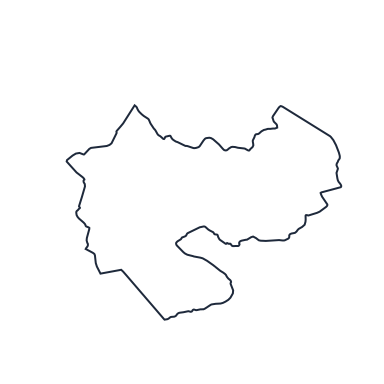 Jujuy, Albers equal-area conic projection, rotated 303°
{"feature_id": "ARG-1301", "entity_name": "Jujuy", "entity_type": "Province", "adm_level": 1, "iso_a3": "ARG", "parent_name": "Argentina", "parent_adm1": "", "projection": "albers", "projection_center": [-65.702, -23.2], "detail": "fine", "context": "isolated", "style": "outline", "palette": "slate", "viewbox_px": 384, "rotation_deg": 303, "n_neighbors": 0, "source": "natural_earth", "source_scale": "10m", "svg_char_len": 5188}
<svg xmlns="http://www.w3.org/2000/svg" viewBox="0 0 384 384"><g transform="rotate(303 192 192)"><path d="M70.0,238.5L70.2,237.6L75.6,219.2L81.0,200.7L86.4,182.3L87.7,177.7L88.2,175.0L73.7,159.7L77.7,152.8L80.0,150.0L86.0,145.1L86.9,143.8L87.0,141.9L86.3,133.9L87.6,133.8L89.4,134.0L90.6,133.7L91.7,133.0L92.4,131.8L94.0,130.0L96.1,128.9L105.1,126.0L106.0,125.4L106.0,124.5L105.5,122.0L105.7,121.3L106.7,120.0L107.3,118.0L108.2,111.6L108.8,109.6L109.8,107.8L111.6,106.2L112.7,105.7L113.6,105.8L114.4,106.1L116.0,106.3L117.3,106.7L117.7,106.6L118.0,106.1L118.2,105.4L118.5,105.0L127.8,102.4L138.4,99.2L140.3,97.7L140.7,96.9L141.1,96.0L141.8,95.3L142.4,94.9L143.5,94.8L143.8,95.0L144.0,94.9L144.5,93.8L144.8,92.6L145.5,84.5L149.3,70.3L150.7,69.8L157.5,72.0L161.0,73.7L163.5,76.4L164.4,80.6L164.8,81.1L172.2,82.4L174.0,83.3L184.2,95.5L186.6,97.2L189.0,98.0L200.2,96.7L200.8,96.4L201.1,96.0L201.5,95.7L202.2,95.6L207.8,96.4L212.0,96.9L233.4,96.7L233.2,98.6L232.9,99.6L231.8,101.2L231.0,102.7L230.5,104.1L229.8,107.4L229.5,110.1L229.5,115.1L229.4,115.8L229.2,116.3L227.8,118.5L227.5,118.8L226.7,120.2L224.4,125.5L224.1,126.9L223.6,128.1L221.8,131.5L221.5,132.4L221.4,133.1L221.5,135.1L220.9,139.0L221.2,139.7L221.5,139.8L222.3,139.8L223.5,139.6L224.2,139.9L227.0,142.6L227.3,143.3L226.0,145.8L225.6,147.1L225.5,148.4L225.5,150.6L225.6,151.4L225.9,152.4L226.0,152.9L227.0,161.0L227.1,161.5L227.8,162.6L228.1,163.4L229.6,169.2L229.9,169.8L230.2,170.3L231.3,171.5L233.0,172.9L233.8,173.3L234.8,173.5L241.5,173.6L243.7,173.9L244.4,174.2L245.1,174.8L246.3,176.2L246.9,176.9L247.2,177.6L247.5,178.4L247.6,178.9L247.7,181.1L246.6,188.7L245.1,194.0L244.8,195.3L244.7,196.3L244.9,196.8L245.0,197.2L245.2,197.6L245.5,197.9L245.7,198.2L246.1,198.5L247.8,199.1L248.4,199.2L251.0,200.4L251.9,201.3L253.2,203.7L254.1,206.4L256.8,211.8L257.2,212.7L257.2,213.1L257.4,216.1L257.6,216.9L258.0,217.4L258.4,217.5L259.4,217.5L260.4,217.7L262.6,218.3L264.2,218.1L264.6,218.0L265.1,217.6L265.4,217.3L265.7,217.1L267.2,215.7L268.0,215.1L268.6,214.9L272.0,214.5L273.6,214.0L274.5,214.0L275.0,214.1L275.6,214.6L276.4,215.6L276.7,215.9L277.1,216.1L277.7,216.4L280.7,217.2L283.2,218.5L284.4,219.7L286.0,221.0L286.3,221.3L287.6,223.3L289.3,225.3L289.5,225.6L289.8,226.1L290.4,227.0L292.4,228.4L294.2,227.0L294.8,226.0L295.6,222.3L296.0,221.7L297.5,219.9L298.1,219.0L299.1,218.7L299.8,218.6L309.7,218.8L311.1,219.0L312.3,219.5L312.7,220.5L312.9,221.9L314.0,277.4L313.8,278.5L312.5,282.3L309.7,287.3L305.0,293.8L302.9,296.1L301.9,296.9L301.5,297.1L300.8,297.5L300.3,297.6L299.8,297.6L298.2,297.5L297.3,297.7L296.9,297.8L296.4,297.9L294.9,297.9L294.3,298.1L293.5,298.4L293.1,298.7L292.8,299.1L291.5,301.1L291.1,301.6L290.6,301.8L286.7,302.8L282.5,306.6L281.2,308.0L280.3,309.6L279.7,311.6L279.1,312.9L278.7,313.5L278.3,313.9L277.9,314.1L277.6,314.2L277.0,314.1L262.1,300.7L261.2,300.4L260.1,301.8L258.9,303.7L255.3,312.2L255.0,312.5L254.6,312.7L254.2,312.8L253.7,312.8L252.6,312.6L245.1,309.8L242.6,308.2L235.9,302.6L235.6,302.3L235.5,301.9L235.2,301.0L235.0,300.6L234.7,300.2L234.3,300.1L233.9,300.2L230.7,302.4L228.8,303.4L227.8,303.7L225.9,304.3L222.7,303.4L219.2,301.6L218.3,301.4L217.8,301.3L215.8,301.2L214.0,300.7L213.1,299.9L211.4,298.1L210.7,297.6L210.0,297.2L209.5,297.2L209.0,297.1L208.6,297.2L208.4,297.3L207.4,298.0L206.9,298.2L206.1,298.3L205.3,298.1L202.8,296.6L202.0,296.1L201.5,295.6L200.6,294.2L199.1,291.2L191.2,280.6L188.5,276.0L187.9,274.3L188.2,270.7L187.9,267.5L186.3,266.2L182.6,264.4L182.0,264.1L181.2,263.1L178.3,260.2L177.5,259.6L176.7,259.2L176.1,259.1L175.6,259.1L175.2,259.2L174.8,259.4L174.5,259.7L174.3,260.1L173.9,260.4L173.4,260.5L172.6,260.5L172.1,260.3L171.8,260.0L171.1,258.9L170.4,257.9L168.9,255.8L168.7,254.6L168.9,254.1L169.3,253.1L169.5,252.5L169.4,252.1L169.2,251.8L168.9,251.6L168.8,251.4L168.5,250.8L168.4,249.6L168.3,249.2L167.9,249.1L167.5,249.1L167.0,248.7L166.9,248.3L166.9,247.7L167.1,241.7L167.2,241.0L167.4,240.5L168.3,238.8L168.5,238.5L169.7,237.1L169.9,236.6L169.9,236.2L169.0,234.3L168.9,233.9L168.9,233.7L169.8,231.8L169.4,227.7L169.4,226.0L169.9,222.9L170.0,222.1L169.9,221.4L169.5,220.6L168.9,220.0L166.6,217.7L155.3,210.9L154.9,210.7L154.4,210.6L154.0,210.6L153.1,210.7L152.1,210.8L150.8,210.2L148.4,208.4L146.3,208.4L142.7,206.7L141.7,206.5L140.9,206.4L140.3,206.6L139.9,206.9L139.6,207.2L139.1,207.9L138.9,208.4L136.9,217.2L136.6,219.4L136.8,221.9L137.0,222.7L138.7,227.6L139.0,228.8L141.5,234.8L142.2,237.1L142.5,242.1L142.2,249.7L141.3,258.7L141.4,262.2L141.2,264.6L140.9,265.7L140.4,266.5L139.8,267.7L139.2,269.5L138.9,272.1L138.4,273.2L137.8,273.8L136.6,274.0L136.0,274.4L131.9,280.1L129.2,281.5L124.3,281.8L121.4,281.2L118.3,279.8L115.8,278.3L114.0,276.7L111.1,272.7L108.4,269.7L107.7,269.2L101.3,266.4L100.0,265.6L99.5,264.9L98.1,262.9L95.4,260.2L95.2,259.9L95.0,259.5L94.6,258.0L94.2,257.3L93.8,257.1L93.2,256.9L92.6,257.0L91.7,256.9L91.3,256.6L90.9,256.3L90.6,255.5L90.1,254.0L90.0,253.8L86.5,250.3L84.2,247.6L83.6,247.0L83.0,246.6L82.6,246.4L81.6,246.1L80.0,246.0L79.3,245.9L78.5,245.5L78.0,245.2L77.6,244.8L76.1,242.8L75.6,242.3L75.1,242.0L73.0,241.3L72.5,241.0L71.9,240.6L70.0,238.5L70.0,238.5Z" fill="none" stroke="#1e293b" stroke-width="2"/></g></svg>